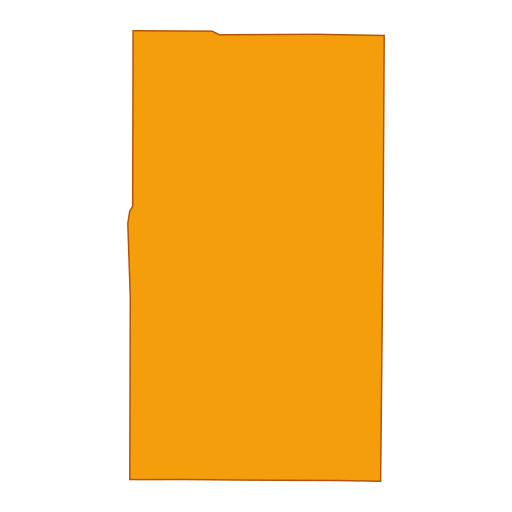 Graves, Kentucky, United States of America (Equal Earth projection)
{"feature_id": "52423323B8927734588522", "entity_name": "Graves", "entity_type": "district", "adm_level": 2, "iso_a3": "USA", "parent_name": "United States of America", "parent_adm1": "Kentucky", "projection": "equal_earth", "projection_center": [-88.656, 36.724], "detail": "fine", "context": "isolated", "style": "filled", "palette": "amber", "viewbox_px": 512, "rotation_deg": 0, "n_neighbors": 0, "source": "geoboundaries", "source_scale": "gbopen_adm2", "svg_char_len": 402}
<svg xmlns="http://www.w3.org/2000/svg" viewBox="0 0 512 512"><path d="M133.1,30.7L132.7,206.2L129.7,211.4L127.8,223.5L130.3,297.3L129.8,479.5L143.0,479.6L182.8,479.5L207.5,479.7L249.0,480.1L313.2,480.4L337.7,480.5L359.7,480.9L359.8,480.9L362.9,480.8L363.2,480.9L380.6,481.3L383.1,229.2L384.2,35.5L316.0,34.3L219.4,34.8L212.1,31.2L133.1,30.7Z" fill="#f59e0b" stroke="#b45309" stroke-width="1.5"/></svg>